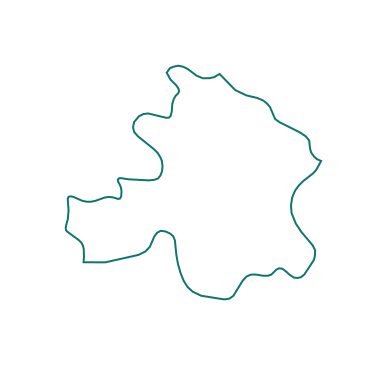 outline of Yên Bái, rotated 336°
{"feature_id": "VNM-458", "entity_name": "Yên Bái", "entity_type": "Province", "adm_level": 1, "iso_a3": "VNM", "parent_name": "Vietnam", "parent_adm1": "", "projection": "natural_earth1", "projection_center": [104.512, 21.797], "detail": "fine", "context": "isolated", "style": "outline", "palette": "teal", "viewbox_px": 384, "rotation_deg": 336, "n_neighbors": 0, "source": "natural_earth", "source_scale": "10m", "svg_char_len": 1843}
<svg xmlns="http://www.w3.org/2000/svg" viewBox="0 0 384 384"><g transform="rotate(336 192 192)"><path d="M265.2,95.4L272.9,116.4L280.9,125.8L289.9,132.7L294.4,137.6L296.6,141.9L297.8,146.2L297.6,159.2L300.4,163.9L314.9,181.6L318.6,187.5L320.0,192.6L317.6,200.0L316.9,204.2L318.0,209.6L319.5,212.8L322.6,216.2L314.0,222.7L309.8,224.3L297.9,227.3L292.1,229.6L286.7,232.7L281.3,237.8L277.2,244.1L274.4,251.6L274.0,263.0L275.6,272.8L280.5,289.6L280.8,295.4L278.3,300.3L275.5,303.8L261.0,313.1L257.0,314.1L253.8,313.6L250.3,311.7L247.4,307.1L245.6,302.8L243.4,299.0L240.8,297.2L237.6,297.2L231.0,299.7L227.3,299.4L222.7,297.3L216.7,293.3L212.0,291.4L207.4,291.4L202.1,293.7L187.5,303.7L182.9,304.6L177.7,303.2L158.3,290.6L152.1,283.4L149.4,277.2L148.3,270.1L148.5,262.4L149.8,252.5L152.1,243.2L156.7,229.2L156.8,224.7L155.1,221.1L151.7,217.2L147.5,214.7L143.3,215.1L139.5,217.3L131.1,225.0L125.0,227.4L117.6,227.7L84.2,221.0L64.4,212.1L67.0,207.1L69.9,200.1L70.6,196.6L70.3,193.3L69.0,189.9L61.8,177.3L61.4,175.5L62.0,173.5L63.6,171.0L67.4,166.5L71.8,158.5L75.7,147.7L77.2,146.2L79.4,146.6L81.8,148.4L88.0,155.2L91.9,158.1L95.7,159.8L100.3,160.8L109.4,161.5L113.3,162.4L116.6,164.1L119.4,166.2L121.6,168.3L123.5,168.7L125.4,167.4L127.8,163.0L128.9,159.0L129.0,155.4L128.7,152.4L129.3,150.4L131.2,149.8L133.5,150.9L139.0,154.5L157.0,163.7L162.2,165.5L166.4,165.8L170.0,164.0L173.2,160.7L175.5,156.6L177.1,151.5L177.2,147.1L176.5,142.3L174.4,137.0L165.2,119.0L163.6,113.7L164.4,109.1L167.5,104.6L174.4,101.2L179.2,101.0L183.9,102.4L198.6,113.7L201.3,114.7L203.7,113.6L206.4,110.0L209.9,103.4L213.1,99.7L216.3,97.4L219.2,96.4L221.1,94.9L221.7,92.1L221.1,88.5L218.1,80.6L217.4,72.7L222.2,69.9L226.0,70.0L230.7,71.0L234.7,73.8L238.0,77.7L243.5,87.6L248.2,92.5L253.9,95.0L259.0,96.1L265.2,95.4Z" fill="none" stroke="#0f766e" stroke-width="2"/></g></svg>